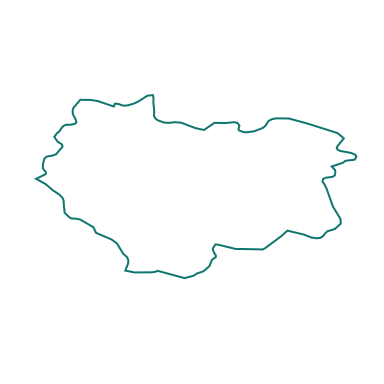 outline of Rapla, rotated 190°
{"feature_id": "EST-2348", "entity_name": "Rapla", "entity_type": "County", "adm_level": 1, "iso_a3": "EST", "parent_name": "Estonia", "parent_adm1": "", "projection": "natural_earth1", "projection_center": [24.741, 58.948], "detail": "fine", "context": "isolated", "style": "outline", "palette": "teal", "viewbox_px": 384, "rotation_deg": 190, "n_neighbors": 0, "source": "natural_earth", "source_scale": "10m", "svg_char_len": 2060}
<svg xmlns="http://www.w3.org/2000/svg" viewBox="0 0 384 384"><g transform="rotate(190 192 192)"><path d="M51.8,271.2L56.5,262.7L57.2,260.9L56.4,259.3L53.7,258.2L42.1,258.1L37.6,257.0L36.2,255.3L37.4,252.1L46.5,249.3L48.3,247.1L58.8,241.4L55.1,238.6L54.2,236.3L54.3,233.2L56.0,231.4L62.7,229.3L65.1,227.7L65.4,225.2L62.9,222.5L60.2,218.9L50.6,202.0L41.1,191.3L40.0,186.6L45.0,180.3L52.0,176.7L54.1,173.8L54.7,172.3L55.7,170.8L57.5,169.2L60.9,168.1L66.5,167.9L74.5,169.5L91.3,170.5L96.6,163.8L110.0,149.6L112.3,147.7L126.2,145.6L139.3,143.5L157.6,144.7L159.9,144.4L161.7,140.0L161.2,138.4L159.4,135.7L157.7,134.0L157.2,132.2L160.6,128.5L161.9,122.1L165.8,117.2L167.8,115.4L172.7,112.8L176.1,109.7L184.4,105.9L212.1,108.4L214.2,107.1L217.7,105.9L234.6,102.8L244.0,103.0L242.5,110.6L242.9,113.7L244.4,116.4L249.0,119.2L253.4,124.2L255.9,127.2L257.1,128.4L263.0,131.3L279.4,135.1L283.0,140.2L297.4,145.5L303.2,145.5L304.6,145.1L306.9,145.1L309.7,146.6L313.9,149.5L314.8,153.1L315.5,155.0L315.9,157.2L316.5,159.0L316.9,161.2L318.4,163.6L321.8,166.2L329.5,169.6L337.6,174.4L347.8,177.9L339.4,184.0L339.1,185.0L339.6,186.6L341.3,187.8L343.0,189.4L343.5,192.8L343.5,196.0L343.1,199.4L341.3,201.5L338.7,202.7L336.6,203.2L332.4,205.5L327.4,214.1L327.8,215.3L329.0,216.6L332.9,218.1L337.2,222.3L335.4,226.1L333.1,228.8L331.2,233.1L329.8,234.9L328.1,236.2L322.4,237.4L319.0,238.9L318.0,240.7L318.8,242.7L322.9,248.0L323.8,252.3L323.2,254.7L318.0,263.4L308.4,265.0L300.6,265.2L283.8,262.6L283.4,265.4L282.4,265.8L279.8,265.9L275.5,265.2L274.0,265.2L270.2,266.2L265.1,268.7L261.2,271.3L252.5,279.2L247.3,280.6L246.2,277.6L245.5,272.9L243.3,265.4L242.6,260.2L241.0,258.2L238.2,256.7L232.1,255.6L227.5,255.9L221.2,257.7L214.9,258.4L199.4,255.5L190.9,255.2L181.9,264.0L171.0,265.7L162.9,268.0L159.5,268.0L156.9,265.8L156.9,264.1L157.2,262.0L156.3,260.8L152.5,260.1L149.6,260.0L141.5,262.5L133.8,267.1L132.3,268.6L130.7,270.8L129.2,274.8L128.1,276.0L125.8,277.6L122.1,279.1L109.3,281.2L89.7,279.4L58.9,275.3L51.8,271.2Z" fill="none" stroke="#0f766e" stroke-width="2"/></g></svg>